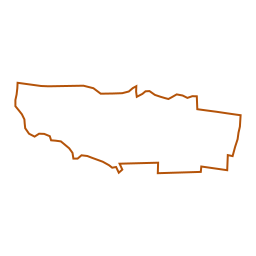 the district of Santa Clara do Sul, Rio Grande do Sul, Brazil
{"feature_id": "56859067B9129320229569", "entity_name": "Santa Clara do Sul", "entity_type": "district", "adm_level": 2, "iso_a3": "BRA", "parent_name": "Brazil", "parent_adm1": "Rio Grande do Sul", "projection": "albers", "projection_center": [-52.138, -29.454], "detail": "fine", "context": "isolated", "style": "outline", "palette": "amber", "viewbox_px": 256, "rotation_deg": 0, "n_neighbors": 0, "source": "geoboundaries", "source_scale": "gbopen_adm2", "svg_char_len": 970}
<svg xmlns="http://www.w3.org/2000/svg" viewBox="0 0 256 256"><path d="M235.1,146.9L237.6,139.2L238.5,132.7L239.9,126.6L240.6,115.2L236.7,114.7L227.6,113.4L216.8,111.8L206.9,110.5L197.3,109.2L196.8,96.3L192.3,96.2L187.4,97.9L182.6,95.5L176.7,94.4L171.6,97.3L168.4,99.0L165.0,98.1L160.6,96.8L154.9,94.9L149.5,91.1L145.5,91.3L142.4,93.9L136.8,96.8L136.1,91.7L136.3,86.2L132.8,88.1L128.8,91.5L122.2,93.2L113.0,93.5L100.7,93.7L93.4,88.2L83.4,85.7L48.6,86.3L41.1,86.0L17.6,82.8L17.3,88.4L16.6,94.5L15.4,100.0L15.4,106.2L18.6,110.1L21.9,114.3L24.4,119.4L24.7,123.5L25.2,128.2L29.0,133.7L34.6,136.6L39.1,133.7L44.2,133.9L49.8,136.2L51.1,140.3L55.8,140.7L60.9,141.4L69.2,148.3L72.5,152.9L73.4,158.6L77.6,158.6L81.5,155.3L87.3,156.0L91.7,157.7L102.7,161.7L109.0,165.2L112.2,167.7L116.1,167.0L118.8,172.7L122.3,169.6L119.6,163.7L158.1,162.7L157.8,173.2L200.8,171.9L201.3,166.5L227.2,170.2L227.8,155.1L232.6,156.1L235.1,146.9Z" fill="none" stroke="#b45309" stroke-width="2"/></svg>